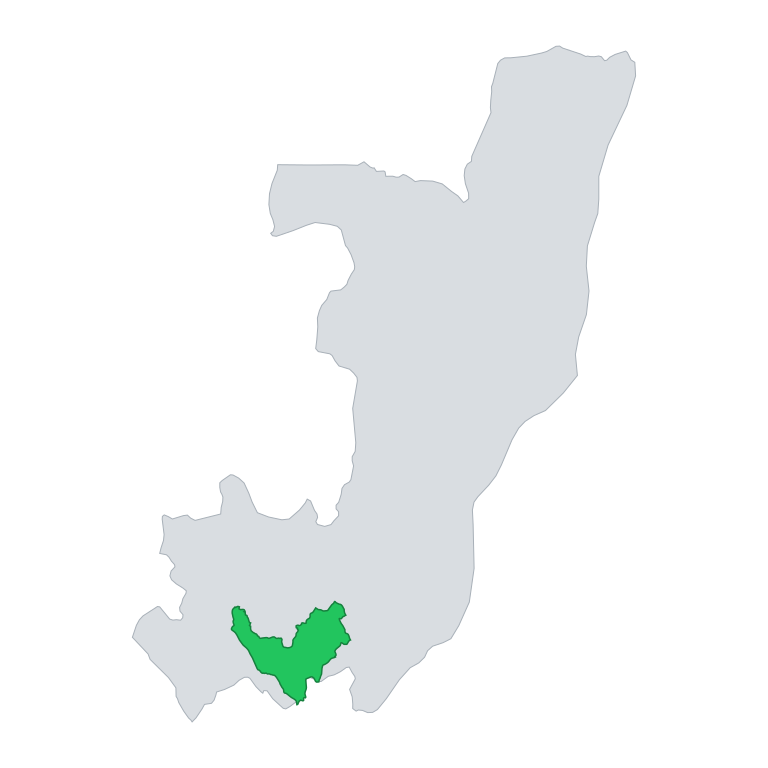 Bouenza highlighted on a map of Republic of the Congo
{"feature_id": "COG-2626", "entity_name": "Bouenza", "entity_type": "Region", "adm_level": 1, "iso_a3": "COG", "parent_name": "Republic of the Congo", "parent_adm1": "", "projection": "natural_earth1", "projection_center": [13.508, -4.119], "detail": "fine", "context": "in_parent", "style": "filled", "palette": "green", "viewbox_px": 768, "rotation_deg": 0, "n_neighbors": 0, "source": "natural_earth", "source_scale": "10m", "svg_char_len": 8217}
<svg xmlns="http://www.w3.org/2000/svg" viewBox="0 0 768 768"><path d="M132.4,637.3L136.4,625.3L139.4,619.8L143.0,615.9L157.5,606.5L159.7,606.9L169.7,619.1L172.9,620.1L176.4,619.7L180.6,620.2L182.7,617.8L183.0,614.7L180.0,611.2L179.6,607.4L181.7,603.3L182.9,598.7L186.0,593.3L186.3,590.8L183.0,588.1L176.3,583.9L171.6,579.8L169.9,575.9L171.1,571.0L174.9,566.9L174.6,564.7L171.4,561.1L169.0,557.2L166.5,554.8L159.7,553.4L161.0,548.1L163.5,540.5L164.1,534.6L162.2,519.2L162.4,516.4L164.2,514.9L168.3,516.6L172.4,519.0L183.5,515.6L187.4,515.1L190.6,518.1L195.1,520.4L220.7,514.0L221.2,507.4L222.7,501.5L222.9,497.0L221.8,494.1L220.6,492.0L219.8,487.5L219.8,482.8L222.2,480.5L230.4,474.8L233.0,475.0L238.7,478.1L244.1,483.0L248.8,493.2L252.1,502.0L257.4,512.7L268.6,517.0L281.9,519.8L289.2,519.0L299.5,510.0L305.3,502.9L307.2,499.1L310.6,501.0L314.5,510.4L317.0,514.0L317.6,517.4L315.8,521.7L317.5,524.5L324.7,526.4L331.0,524.6L333.9,520.8L338.6,515.8L338.6,511.7L336.1,508.9L336.1,505.2L338.7,502.3L341.2,494.3L342.0,488.4L344.5,484.7L349.2,482.1L350.9,479.7L353.6,465.9L352.2,460.8L352.2,456.7L355.2,451.4L355.8,442.7L352.7,408.4L357.4,380.9L357.0,377.4L353.7,373.1L349.6,369.2L339.0,366.0L335.1,360.9L332.1,355.5L329.8,353.8L318.3,351.6L315.7,348.6L316.8,339.8L317.8,326.9L317.4,318.0L319.4,310.7L321.8,305.3L326.8,299.5L329.5,292.7L331.0,291.1L340.7,289.9L344.2,287.1L346.9,284.3L348.1,280.4L351.4,274.0L354.3,269.7L354.7,266.8L354.0,262.7L351.1,254.7L347.6,248.0L345.5,245.6L341.3,230.0L337.3,226.3L329.6,224.3L315.1,222.5L306.4,225.3L293.1,230.6L276.4,236.3L272.5,235.7L270.7,233.3L273.3,231.3L274.6,226.5L272.9,219.7L270.3,213.4L268.9,204.6L269.5,193.7L272.0,183.5L277.3,170.2L277.7,164.7L309.9,165.0L344.4,164.8L357.7,165.3L364.0,161.8L370.1,167.0L373.1,168.2L374.1,167.8L376.4,171.4L383.9,171.0L385.1,171.9L385.8,176.3L392.8,176.2L396.2,177.2L399.0,177.1L403.1,174.5L406.0,175.4L411.3,178.7L415.1,181.6L420.4,180.6L432.7,181.1L442.2,183.9L451.6,191.5L457.9,195.9L463.5,202.5L465.6,201.3L468.7,198.7L468.6,193.2L465.4,183.7L464.2,175.6L464.9,169.0L467.3,164.2L471.4,161.4L471.8,156.3L491.0,112.6L490.4,107.6L490.8,100.1L491.7,91.7L491.5,86.7L492.8,83.3L497.8,63.5L500.5,60.2L504.7,57.9L510.8,57.8L526.8,56.2L541.7,53.0L546.7,51.5L556.0,46.3L559.6,46.1L562.7,48.1L580.8,54.1L585.8,56.5L587.6,56.1L590.3,56.6L594.5,56.7L598.7,56.0L601.3,56.7L604.6,60.7L606.8,60.2L609.7,57.3L615.2,54.4L625.7,51.1L627.4,52.6L631.0,59.9L634.8,62.3L635.6,75.9L626.9,105.4L608.1,145.0L598.8,176.3L598.8,199.1L597.8,213.5L594.7,222.2L587.4,245.9L586.3,266.2L589.0,291.0L586.4,314.6L578.7,336.9L575.4,354.4L577.4,375.5L563.3,393.0L545.5,410.5L534.0,415.6L525.1,421.4L518.7,428.1L512.0,439.8L501.4,464.9L495.9,475.9L488.7,485.2L477.9,496.7L474.0,502.1L472.4,510.0L473.1,524.4L474.1,568.4L469.3,602.1L458.8,625.6L450.9,638.7L443.0,642.7L432.6,646.2L427.6,650.7L424.6,657.2L418.8,662.9L410.2,667.7L399.4,679.7L386.3,698.7L377.4,709.6L372.6,712.4L367.7,712.6L362.5,710.4L358.3,710.0L356.1,711.1L352.7,708.5L352.8,704.1L352.2,696.8L349.6,689.4L355.3,678.8L354.8,676.4L352.2,672.6L349.2,667.1L346.3,667.5L340.4,671.7L334.1,674.9L328.3,676.3L321.1,681.5L317.2,681.5L315.0,679.5L310.2,677.6L307.6,678.2L306.1,679.2L304.9,691.9L304.0,697.4L302.2,699.9L295.0,702.7L290.1,706.4L285.8,708.9L283.2,708.3L272.7,698.7L267.1,690.8L263.8,690.6L262.8,693.2L261.2,692.0L256.0,686.7L250.0,678.4L247.8,677.2L244.4,677.3L239.1,680.3L233.9,685.1L224.5,689.5L216.6,692.0L215.9,695.0L214.1,700.1L211.5,703.3L204.5,704.4L202.0,709.0L196.0,717.9L192.1,721.9L191.0,720.2L188.6,718.0L183.7,711.1L178.8,702.6L177.5,698.7L176.1,696.4L175.9,687.8L168.5,677.6L150.1,659.4L148.1,654.0L132.4,637.3Z" fill="#d9dde1" stroke="#a8b0b8" stroke-width="1"/><path d="M316.8,682.1L316.2,681.9L315.4,681.1L314.5,679.1L313.9,678.1L312.4,677.0L311.0,676.8L306.7,678.6L306.0,679.0L305.7,679.9L306.4,687.4L306.2,688.9L305.1,692.1L304.9,693.8L305.8,697.1L305.4,697.8L304.9,697.7L304.3,697.6L303.8,697.9L303.5,698.7L303.7,700.2L303.3,700.7L302.7,700.8L301.2,700.3L300.5,700.2L299.1,701.3L297.7,704.4L296.9,704.7L296.8,704.4L296.5,702.1L296.4,701.5L296.1,701.0L295.7,700.3L295.0,699.7L293.9,698.9L291.3,697.4L286.4,693.5L285.9,693.3L284.8,693.1L284.3,692.8L283.9,692.2L283.7,691.3L283.6,690.0L283.4,689.4L283.1,688.7L282.4,687.9L281.6,686.8L281.0,685.5L280.3,684.5L279.9,683.4L279.4,682.0L276.5,677.4L275.1,675.8L274.1,675.2L273.0,675.1L271.9,674.7L271.4,674.6L270.9,674.6L270.4,674.4L269.4,673.9L268.9,673.8L267.9,674.0L267.4,673.9L266.9,673.6L266.5,673.3L266.0,673.1L265.5,673.2L264.9,673.3L264.4,673.4L263.3,673.1L262.3,673.2L261.7,672.9L261.0,672.3L259.9,670.8L259.2,670.2L258.6,669.9L258.2,669.9L257.9,669.7L257.2,668.7L252.4,657.8L250.1,653.9L248.8,651.0L248.0,649.7L246.5,648.0L243.5,645.4L243.0,644.9L239.5,640.1L237.0,635.2L235.5,632.9L235.0,632.4L234.0,631.5L232.0,630.1L231.6,629.6L231.4,629.0L231.8,627.9L232.2,627.1L232.6,626.5L233.0,626.2L233.5,625.9L233.9,625.6L234.1,625.1L233.3,622.9L233.2,622.3L233.1,621.1L233.7,619.8L233.7,619.1L233.0,617.0L232.2,613.1L232.2,611.7L232.3,610.9L232.4,610.3L232.6,609.7L233.2,608.8L234.9,607.1L235.1,607.5L235.9,607.3L237.3,606.6L237.9,606.4L239.4,606.8L239.0,608.8L240.4,609.6L243.1,609.4L244.2,609.8L245.0,611.2L244.1,611.7L245.1,612.2L245.3,612.9L245.3,613.8L245.5,615.0L246.6,615.3L246.9,615.5L247.1,615.9L247.2,616.7L247.3,617.1L247.9,617.8L248.2,618.4L249.2,621.9L249.7,622.7L250.6,622.9L250.1,624.4L249.9,624.8L249.5,625.4L249.8,625.8L250.6,626.2L250.6,629.1L251.2,630.8L253.3,632.6L254.1,632.9L254.3,633.1L254.9,633.5L256.5,634.1L256.9,634.6L257.2,635.1L257.4,635.7L257.7,636.0L258.0,636.1L258.3,636.2L258.7,636.4L259.0,636.9L259.2,637.4L259.5,637.9L260.0,638.2L260.6,638.3L261.4,638.2L262.6,638.0L266.1,637.6L266.6,637.6L267.2,637.7L268.8,638.4L269.6,638.2L272.6,637.0L273.6,636.9L274.4,637.0L275.9,638.1L276.4,638.4L277.0,638.4L278.7,638.1L279.9,638.4L280.4,638.4L280.8,638.1L281.2,638.2L281.5,638.6L281.9,639.2L282.0,639.7L281.9,640.3L281.7,640.9L281.7,641.5L281.7,642.1L282.8,645.8L283.1,646.4L283.5,646.9L284.0,647.1L284.5,647.3L285.5,647.4L287.7,647.9L288.4,647.8L289.6,647.6L290.6,647.2L291.4,646.8L291.7,646.5L292.1,646.1L292.4,645.4L292.9,642.5L293.0,641.9L292.9,640.7L293.0,640.1L293.3,639.4L293.8,638.7L295.6,636.6L296.0,635.6L296.1,634.9L296.1,634.3L296.2,633.7L296.4,633.2L297.0,632.5L297.6,631.8L298.1,630.7L298.3,630.3L298.3,630.0L297.7,629.7L297.4,629.2L297.6,628.2L297.3,628.0L296.9,628.0L296.6,628.0L296.3,627.8L296.2,627.4L296.1,626.1L296.1,625.9L296.4,625.6L296.7,625.5L297.6,625.2L298.1,625.2L298.5,625.3L298.8,625.5L299.2,625.6L299.6,625.6L300.1,625.4L301.2,624.6L301.5,624.3L301.5,623.5L301.6,623.2L302.2,622.9L302.7,622.9L303.1,622.9L304.2,623.3L304.5,623.3L305.2,623.2L305.5,623.3L305.8,623.3L306.1,623.1L306.2,622.4L306.2,621.4L306.3,620.9L306.6,620.3L307.1,619.7L308.0,619.0L308.6,618.6L309.4,618.3L309.6,618.0L309.8,617.6L310.1,616.6L310.2,616.0L310.1,615.5L310.1,615.1L310.1,614.7L310.2,614.3L310.3,613.9L310.6,613.6L310.9,613.3L311.5,613.0L312.0,612.9L313.2,611.9L315.7,607.9L318.1,609.5L318.8,609.6L320.7,609.8L321.5,610.1L322.5,610.7L323.2,610.9L323.8,611.0L326.7,610.7L327.3,610.6L327.8,610.3L331.6,605.0L332.1,604.5L333.5,603.4L333.8,603.0L334.3,601.9L334.8,601.5L335.2,601.7L336.0,602.6L336.5,602.9L339.0,604.1L340.5,604.4L341.5,605.0L341.9,605.6L342.4,606.1L342.7,606.7L343.3,607.9L343.8,608.7L344.1,609.3L344.2,609.9L344.2,611.0L344.6,612.8L344.8,613.5L345.3,614.2L345.6,614.8L345.8,615.2L345.5,615.3L343.8,616.4L343.3,616.5L342.8,616.8L341.8,618.1L341.2,618.7L340.2,618.8L339.5,618.5L339.3,618.6L339.4,619.8L341.2,623.5L342.7,625.5L344.9,629.6L344.9,631.0L345.1,632.3L345.7,633.2L347.0,633.6L348.2,634.4L349.0,636.2L349.6,638.4L350.5,640.0L349.6,640.3L349.1,640.8L348.1,642.2L347.1,644.0L346.7,644.3L344.0,644.3L341.8,642.8L341.2,642.7L340.9,643.1L340.5,644.7L340.3,645.3L339.9,645.9L336.5,648.7L335.6,649.7L334.8,651.2L336.0,654.3L335.9,655.6L334.8,656.5L335.3,657.1L334.2,657.6L332.0,658.2L331.1,658.7L330.4,659.3L328.4,661.9L326.8,663.2L324.4,664.6L323.4,664.8L323.0,665.2L322.7,665.6L322.6,665.9L322.0,668.2L321.6,673.4L321.5,674.2L320.7,676.0L320.5,676.6L320.2,677.7L320.0,678.3L319.3,679.6L318.8,681.9L318.7,681.9L316.8,682.1Z" fill="#22c55e" stroke="#15803d" stroke-width="1.5"/></svg>